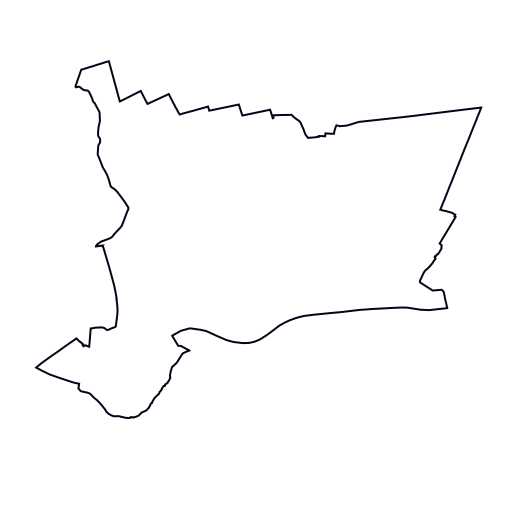 Wageningen, Gelderland, Netherlands, rotated 8°
{"feature_id": "6326949B29880735882164", "entity_name": "Wageningen", "entity_type": "district", "adm_level": 2, "iso_a3": "NLD", "parent_name": "Netherlands", "parent_adm1": "Gelderland", "projection": "albers", "projection_center": [5.656, 51.969], "detail": "fine", "context": "isolated", "style": "outline", "palette": "ink", "viewbox_px": 512, "rotation_deg": 8, "n_neighbors": 0, "source": "geoboundaries", "source_scale": "gbopen_adm2", "svg_char_len": 5861}
<svg xmlns="http://www.w3.org/2000/svg" viewBox="0 0 512 512"><g transform="rotate(8 256 256)"><path d="M54.2,114.0L55.1,113.7L56.7,113.0L57.8,113.1L58.4,113.4L60.2,114.5L61.5,115.2L61.9,115.4L62.4,115.6L63.2,115.7L66.3,115.6L67.7,116.6L68.6,117.8L71.0,121.5L72.2,123.5L72.4,124.1L73.0,125.4L73.4,125.9L75.1,127.2L78.4,131.8L80.9,135.2L81.2,136.1L81.3,136.5L81.7,139.1L82.5,143.0L82.6,143.8L82.5,146.7L82.1,150.6L82.4,154.9L82.6,157.2L83.0,158.8L83.2,159.3L84.7,161.0L85.3,162.0L85.7,163.9L85.7,165.0L85.7,165.4L85.3,166.5L85.1,166.8L85.0,167.2L84.7,167.8L84.5,168.9L84.5,169.3L85.0,176.5L85.0,177.0L85.1,177.5L87.1,180.9L92.0,189.6L92.2,189.9L94.2,192.3L96.4,195.3L97.1,196.2L97.8,197.4L98.7,199.1L100.0,201.7L102.2,206.8L102.5,207.2L103.0,207.7L103.4,208.0L105.8,209.1L107.3,210.0L108.4,210.8L109.7,211.8L112.8,214.9L118.9,221.1L121.7,224.5L122.6,225.4L122.7,225.5L122.7,225.9L123.0,226.5L123.0,227.2L123.0,227.6L123.0,228.0L122.5,229.0L121.0,235.6L120.2,239.4L118.9,244.5L118.5,245.6L112.5,254.2L111.1,256.8L110.2,257.8L109.9,258.0L109.4,258.4L107.5,259.6L100.3,263.5L96.9,266.9L96.7,267.3L96.5,267.8L96.2,268.5L96.2,268.8L102.8,267.0L102.4,267.8L102.8,268.0L103.2,267.9L112.7,288.7L118.9,303.2L119.8,305.4L122.1,311.9L124.1,318.1L124.0,318.3L123.8,318.4L124.5,320.4L125.0,322.3L125.3,323.6L125.9,326.2L126.2,327.8L126.5,329.2L126.7,331.5L126.8,333.6L126.9,337.1L126.9,344.7L126.9,345.3L126.6,345.8L126.3,346.0L125.4,346.5L123.1,347.7L119.7,349.8L119.1,350.0L118.5,349.9L118.0,349.7L116.0,348.5L114.4,348.2L113.7,348.2L113.1,348.2L110.2,348.7L107.1,349.3L105.5,349.8L103.9,350.4L102.4,350.7L103.3,366.0L103.4,369.1L101.7,368.7L99.7,368.2L97.7,369.4L96.7,368.3L97.2,367.6L93.8,365.4L93.7,365.5L92.2,364.6L89.7,362.6L78.5,373.0L73.9,377.5L66.8,384.0L64.2,386.5L58.1,392.4L53.8,397.1L59.8,399.3L68.1,402.0L78.0,404.0L89.9,406.2L94.6,406.9L98.6,407.1L98.6,411.9L101.1,414.1L101.8,414.3L105.4,414.6L107.0,414.7L108.2,414.8L110.0,415.2L111.1,415.6L114.6,418.4L115.6,419.1L118.5,420.8L121.0,422.7L124.2,425.4L126.1,427.3L127.5,428.5L129.6,431.1L130.9,432.1L132.7,433.1L134.9,433.9L135.7,434.1L137.0,434.4L138.5,434.4L140.0,434.1L142.6,433.7L145.0,434.0L150.1,434.4L153.4,433.9L155.4,433.0L155.7,433.0L155.6,432.9L157.4,432.8L158.6,432.3L159.7,431.8L161.7,430.6L162.1,430.2L162.4,429.9L164.2,427.3L164.5,426.9L165.9,426.2L167.0,425.4L169.0,424.1L169.9,422.8L170.3,422.1L170.7,421.5L171.2,421.0L171.4,420.0L171.5,419.8L172.0,418.9L172.0,418.3L172.3,416.9L173.2,416.3L173.4,416.1L173.5,415.8L173.6,415.5L173.7,414.5L173.9,413.9L175.0,411.5L175.6,410.4L177.0,408.5L177.4,407.9L178.4,406.9L179.2,405.8L179.3,405.4L179.3,404.4L180.1,403.2L180.9,402.1L181.0,401.8L181.1,401.1L181.2,400.7L181.5,399.8L182.2,398.3L182.7,397.5L183.3,397.3L183.8,397.3L183.9,397.2L183.7,396.7L183.8,396.5L184.4,395.3L185.0,395.0L186.1,394.0L186.2,393.6L186.3,393.0L187.4,391.0L187.6,390.4L187.6,389.7L188.0,388.8L188.1,388.6L187.6,387.4L187.6,387.1L187.5,386.6L187.4,385.7L187.6,383.0L187.7,381.4L188.1,378.9L188.4,377.4L189.4,376.6L190.4,375.1L192.0,373.3L192.4,372.6L193.2,370.9L194.4,368.3L195.6,365.5L196.1,364.4L197.3,362.4L198.3,361.8L200.6,360.3L202.7,359.2L203.2,358.9L203.0,358.7L199.8,357.7L196.0,356.2L194.4,355.6L192.8,355.6L191.5,355.8L184.1,346.7L184.8,346.0L192.1,340.5L198.7,337.6L200.8,336.8L204.3,336.8L211.8,336.8L217.3,337.3L228.4,340.6L238.2,343.3L241.6,343.8L246.1,344.3L254.8,344.1L258.3,343.6L260.5,343.2L261.9,342.8L266.0,341.3L270.3,338.9L272.7,337.1L277.5,333.0L284.4,326.2L288.9,321.6L293.4,318.2L294.6,317.4L298.3,315.0L304.1,311.9L306.4,310.9L308.3,310.1L311.6,308.8L313.6,308.2L322.6,305.8L334.2,303.0L337.4,302.2L348.5,299.6L363.3,295.7L366.8,294.8L371.2,293.9L378.5,292.3L390.8,289.9L398.0,288.5L407.7,286.7L412.9,286.1L414.7,286.1L426.6,286.3L435.0,285.5L448.8,282.0L452.6,281.0L451.2,277.2L449.0,271.5L448.4,269.6L448.1,268.9L447.9,268.1L446.7,265.1L444.6,263.6L435.8,265.6L422.1,259.3L421.8,257.7L422.1,256.8L422.3,256.4L422.8,254.6L423.2,253.1L423.5,252.3L423.7,251.4L424.2,249.9L425.0,248.0L425.2,247.6L425.8,246.7L428.2,243.9L429.4,242.2L429.6,241.8L429.7,241.6L430.2,241.0L431.5,238.9L431.9,238.3L432.2,237.6L432.7,236.2L434.1,233.8L434.1,233.5L434.0,233.2L433.0,232.3L433.4,231.3L433.6,231.1L434.1,231.1L435.3,228.9L435.5,228.9L435.8,228.9L436.1,228.6L436.4,228.1L438.4,223.3L438.6,222.8L438.6,222.2L438.5,221.8L438.3,220.7L438.5,219.6L436.1,218.1L448.1,189.9L447.7,189.7L447.9,189.3L447.0,188.9L447.6,187.4L443.8,185.9L437.2,185.0L434.2,184.9L433.0,184.5L432.1,184.5L433.6,178.3L435.2,172.2L438.2,159.6L438.5,158.6L444.9,132.3L445.3,131.1L445.4,130.3L446.4,126.0L447.0,123.7L447.6,121.1L451.4,106.3L451.8,104.2L452.5,101.7L453.4,97.8L454.1,95.2L456.5,85.4L458.3,78.2L458.4,77.6L458.0,77.6L457.9,77.8L443.9,81.5L432.3,84.6L399.6,93.4L392.7,95.3L387.2,96.7L384.2,97.5L339.2,108.9L327.9,114.2L320.9,115.8L317.5,115.4L317.4,115.8L317.0,117.0L316.8,118.0L316.6,118.9L316.1,122.9L316.3,124.0L313.3,124.5L307.7,124.9L307.8,127.8L301.5,128.4L301.6,129.2L297.0,130.5L295.8,130.7L291.1,131.8L288.6,129.4L288.3,129.1L287.9,128.5L286.5,126.1L286.3,125.6L285.7,124.4L282.0,118.4L281.5,117.6L280.6,116.7L279.2,115.9L276.4,114.5L275.8,114.1L274.1,113.2L272.7,112.1L271.4,111.2L270.4,111.4L269.3,111.7L268.6,111.8L263.6,112.5L258.7,113.4L256.5,113.7L253.4,114.3L253.5,115.1L254.1,116.3L254.2,116.5L254.0,116.9L253.4,117.2L253.1,116.4L250.2,110.4L249.6,109.2L223.0,118.8L221.7,116.3L217.9,108.4L189.5,118.6L188.3,116.0L187.7,114.7L185.5,115.7L177.9,119.0L174.1,120.7L164.2,124.9L160.8,126.5L160.5,126.1L159.4,125.0L158.2,123.3L157.7,122.5L155.6,119.9L154.5,118.2L152.8,116.0L151.4,114.0L149.1,110.7L147.1,107.8L146.0,108.5L138.4,113.4L127.4,120.5L124.3,116.3L118.9,108.6L105.1,118.2L100.0,121.7L99.6,121.9L83.2,83.6L80.4,84.8L74.9,87.5L73.0,88.3L69.0,90.3L60.8,94.1L57.0,95.9L53.6,113.2L53.6,113.3L54.2,114.0Z" fill="none" stroke="#020617" stroke-width="2"/></g></svg>